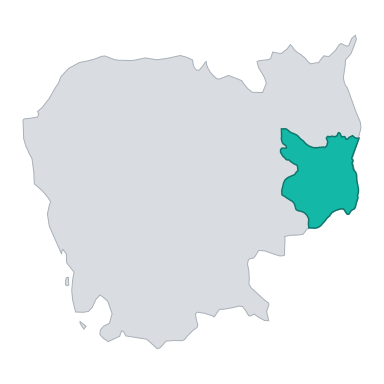 Cambodia, with Môndól Kiri highlighted
{"feature_id": "KHM-1794", "entity_name": "Môndól Kiri", "entity_type": "Province", "adm_level": 1, "iso_a3": "KHM", "parent_name": "Cambodia", "parent_adm1": "", "projection": "robinson", "projection_center": [106.924, 12.744], "detail": "fine", "context": "in_parent", "style": "filled", "palette": "teal", "viewbox_px": 384, "rotation_deg": 0, "n_neighbors": 0, "source": "natural_earth", "source_scale": "10m", "svg_char_len": 5962}
<svg xmlns="http://www.w3.org/2000/svg" viewBox="0 0 384 384"><path d="M355.4,35.3L356.4,39.3L353.7,46.9L350.9,53.8L345.5,59.9L345.3,64.3L343.4,77.5L344.1,81.7L345.4,85.3L347.1,87.3L351.8,100.2L356.0,112.0L360.2,121.7L361.0,127.8L357.1,143.3L352.7,157.5L353.1,164.6L355.0,171.7L357.0,181.2L357.8,193.3L356.7,201.2L354.7,206.1L350.8,211.2L347.4,213.7L343.4,209.5L340.2,209.3L335.8,210.5L332.4,212.5L325.5,219.9L317.8,227.1L307.2,228.9L303.1,234.2L298.6,235.0L290.2,235.3L284.7,236.5L285.0,239.2L284.5,251.8L284.6,254.8L283.8,255.6L280.0,256.0L273.5,254.0L264.8,250.9L258.6,250.4L255.4,255.9L253.5,258.1L251.1,258.4L248.7,259.4L247.8,261.8L247.6,264.9L248.8,270.2L249.3,278.5L248.9,284.2L251.2,287.9L264.5,300.0L268.5,303.0L268.9,304.8L266.6,311.4L268.7,320.7L264.5,320.5L257.5,316.5L254.2,314.1L250.1,316.1L248.7,315.7L246.0,311.1L242.5,306.5L238.8,306.2L231.0,308.0L223.1,309.3L220.1,309.3L218.8,310.1L214.2,317.0L212.3,315.8L204.3,313.2L197.0,312.2L195.5,314.0L196.3,319.6L197.9,325.2L197.0,327.5L193.0,330.4L187.7,335.6L184.4,339.7L182.1,340.7L174.1,340.5L166.0,341.1L162.8,344.9L159.8,347.9L157.2,348.7L146.7,339.2L125.8,335.9L123.6,331.7L121.6,330.9L119.6,336.3L108.2,341.6L103.4,338.4L99.9,334.6L100.4,329.9L103.7,326.1L109.4,323.3L112.1,313.7L107.8,301.4L104.0,297.9L100.0,295.0L95.8,299.6L92.2,307.4L88.5,311.4L83.3,312.3L75.6,312.0L72.7,300.3L71.7,290.3L72.8,278.9L74.0,272.1L66.7,262.8L66.3,253.9L62.8,249.3L61.7,251.6L61.8,254.1L60.8,252.3L49.3,226.2L47.4,214.1L49.4,204.8L50.6,201.6L47.3,196.7L42.6,191.1L34.3,183.8L33.8,172.3L32.0,158.7L29.5,154.1L25.7,145.7L23.7,138.7L23.0,120.3L24.1,118.9L30.0,118.3L37.6,117.0L38.8,114.0L37.5,111.6L42.3,107.4L49.3,98.3L54.7,88.8L58.6,82.8L60.9,76.8L68.7,68.3L79.5,62.5L86.8,61.1L94.4,59.1L101.7,56.3L105.1,56.0L114.1,59.5L119.0,60.3L124.2,60.3L129.5,60.6L134.1,60.3L145.2,57.9L156.9,59.8L167.4,58.3L180.4,55.5L186.8,57.3L192.6,60.0L193.4,65.6L194.7,68.2L196.6,70.2L199.2,70.2L202.5,66.3L205.3,62.2L206.2,61.5L206.3,63.5L207.7,67.8L210.2,72.1L212.7,75.0L216.8,78.8L219.6,79.0L228.4,75.4L241.7,80.6L243.3,83.2L247.6,88.5L252.2,92.3L262.6,92.5L266.3,83.2L264.5,77.5L258.6,67.6L257.0,61.7L258.9,60.7L268.9,59.6L270.6,58.4L272.8,52.0L275.5,52.7L281.0,53.6L286.9,49.2L290.4,44.6L292.3,46.7L294.4,49.9L296.6,51.8L300.9,54.6L305.5,58.5L308.4,62.3L310.7,63.8L316.7,62.7L318.3,62.9L321.7,58.2L324.2,55.7L326.2,56.4L329.2,56.4L335.4,50.4L339.0,45.0L340.9,43.5L346.5,46.2L348.7,45.7L351.9,38.2L355.4,35.3ZM68.8,284.9L67.7,285.6L66.6,285.6L65.5,284.5L65.6,280.3L66.4,277.7L68.3,277.3L68.8,284.9ZM86.1,326.3L83.8,329.1L80.1,323.3L80.1,321.6L86.1,326.3Z" fill="#d9dde1" stroke="#a8b0b8" stroke-width="1"/><path d="M356.8,180.4L358.4,188.5L358.5,190.8L358.3,193.1L358.0,194.0L357.6,194.8L357.4,195.6L357.9,196.5L357.9,198.2L356.0,204.2L355.7,206.0L355.2,207.6L354.2,209.0L352.6,209.7L351.0,210.9L348.9,214.2L347.4,214.3L346.2,213.1L344.3,209.7L342.8,208.7L339.9,209.0L336.8,210.1L335.8,210.4L332.0,212.5L330.1,214.8L329.7,215.8L328.9,216.6L327.2,217.9L325.2,220.7L320.8,225.6L319.3,226.8L316.9,227.9L314.5,228.2L309.6,227.7L308.8,227.8L308.8,227.4L308.4,224.2L308.7,219.3L308.7,218.6L307.8,217.0L307.5,216.3L307.0,215.4L306.5,214.8L306.0,214.4L305.4,213.6L305.2,213.4L304.9,213.2L304.3,212.9L303.6,212.3L302.7,211.9L300.1,211.1L298.4,210.8L297.4,210.4L296.4,209.8L296.2,209.5L295.9,209.2L295.7,208.5L294.9,205.3L294.1,203.5L293.8,203.0L293.6,202.7L292.1,201.1L291.9,200.9L291.7,200.8L290.7,200.5L290.4,200.3L290.1,200.1L289.6,199.7L288.3,198.8L287.4,198.4L284.4,196.2L282.5,195.3L282.2,195.0L282.0,194.6L281.9,194.4L281.9,194.1L281.9,192.5L281.7,191.4L282.0,189.5L283.7,182.6L285.1,179.9L286.1,178.9L288.6,177.1L290.2,176.7L291.3,175.9L292.7,175.5L294.5,174.6L294.9,174.2L295.3,173.7L296.1,172.4L296.5,171.8L296.9,171.5L297.3,171.3L297.5,171.2L297.8,170.9L297.9,170.0L297.6,167.3L297.5,166.4L297.4,165.9L297.3,165.6L297.0,165.4L296.6,165.0L294.2,164.0L290.4,161.4L289.6,160.4L289.4,160.2L289.2,160.1L288.7,160.0L288.4,159.9L287.3,159.9L287.1,159.9L286.9,159.8L286.2,159.5L285.7,159.1L285.3,158.6L284.8,157.8L284.6,157.6L284.4,157.4L283.6,157.0L283.5,156.9L283.3,156.7L283.1,156.5L281.2,153.4L280.9,153.1L280.7,152.8L280.6,152.4L280.5,150.4L280.6,150.1L280.7,149.7L280.9,149.3L281.4,148.6L281.8,148.3L282.1,148.1L285.7,148.2L286.0,148.2L286.3,147.9L286.4,147.6L286.4,147.2L286.4,146.9L286.3,146.6L286.2,146.4L286.1,146.1L285.7,145.6L285.1,145.1L283.2,143.9L282.5,142.9L281.6,140.2L281.3,138.6L281.3,138.3L281.6,137.0L281.4,128.9L285.1,128.8L286.4,129.0L290.4,132.2L291.5,132.8L292.3,133.1L293.1,133.3L297.2,135.3L300.4,138.7L300.8,139.1L303.3,140.9L305.5,143.5L308.6,145.8L312.7,147.5L313.8,147.7L316.4,147.7L317.5,147.8L319.4,147.3L320.1,147.4L320.4,147.4L320.8,147.4L322.4,147.0L323.4,147.0L323.6,147.1L323.8,147.2L323.9,147.4L324.1,147.5L324.3,147.6L324.7,147.5L325.1,147.2L326.5,146.0L326.8,145.6L326.9,145.4L327.0,145.2L327.2,143.8L327.3,143.5L327.5,143.1L327.6,142.8L327.6,142.6L327.7,142.3L327.7,142.0L327.6,141.6L327.3,140.4L327.2,140.2L327.0,139.8L326.8,139.4L326.6,139.0L326.4,138.5L326.4,138.2L326.5,138.0L326.6,137.7L327.5,136.5L327.6,136.4L327.8,136.4L328.6,136.5L329.1,137.1L331.4,136.2L335.2,136.7L337.0,135.6L337.6,134.5L337.9,133.4L338.5,132.7L339.7,133.0L340.3,133.8L341.2,136.1L341.9,137.1L342.5,136.7L343.2,136.6L344.7,136.6L345.0,136.9L345.6,138.3L346.0,138.6L345.9,139.0L346.5,139.4L347.8,138.8L348.1,138.6L348.5,138.1L348.9,137.6L349.1,137.4L349.3,137.2L349.5,137.1L350.3,136.9L350.7,136.7L351.5,136.4L351.7,136.2L351.9,136.1L352.1,135.7L352.5,135.6L352.8,135.8L353.4,136.5L353.9,136.8L354.2,137.1L354.5,137.4L354.6,137.5L354.8,137.6L355.5,137.9L355.8,138.0L356.1,138.1L357.9,138.3L358.4,138.5L359.0,138.3L358.2,140.6L351.7,158.2L351.9,159.2L352.9,160.0L353.0,160.6L353.0,161.0L352.9,161.4L352.6,161.7L352.2,162.4L352.1,163.2L352.2,164.1L352.9,165.9L353.2,168.1L353.4,169.2L353.9,170.1L355.7,172.3L356.5,174.4L356.7,176.3L356.7,178.2L356.8,180.4Z" fill="#14b8a6" stroke="#0f766e" stroke-width="1.5"/></svg>